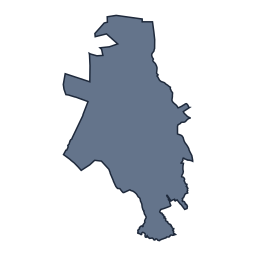 Coatepec Harinas, México, Mexico
{"feature_id": "50627088B96947768971669", "entity_name": "Coatepec Harinas", "entity_type": "district", "adm_level": 2, "iso_a3": "MEX", "parent_name": "Mexico", "parent_adm1": "México", "projection": "mercator", "projection_center": [-99.782, 18.94], "detail": "fine", "context": "isolated", "style": "filled", "palette": "slate", "viewbox_px": 256, "rotation_deg": 0, "n_neighbors": 0, "source": "geoboundaries", "source_scale": "gbopen_adm2", "svg_char_len": 5957}
<svg xmlns="http://www.w3.org/2000/svg" viewBox="0 0 256 256"><path d="M138.0,231.3L138.0,231.8L138.1,232.1L137.7,232.9L137.8,233.2L139.8,233.8L141.0,234.6L141.4,234.6L141.7,234.3L141.7,233.6L141.8,233.1L142.2,232.5L142.7,232.3L143.1,232.4L144.3,233.0L145.0,233.6L145.1,233.9L145.2,234.2L145.0,235.5L145.1,236.2L145.2,236.8L145.6,237.2L146.2,237.3L146.7,236.9L146.8,236.0L147.1,235.7L147.5,236.8L147.7,237.1L148.3,237.1L148.5,237.2L148.7,237.5L148.8,237.8L149.4,238.4L149.8,238.4L151.6,238.1L152.3,238.1L152.8,238.3L153.2,238.6L153.6,239.6L154.1,239.9L154.4,240.0L155.0,239.9L155.2,239.4L155.5,239.1L156.1,238.9L156.6,239.0L156.9,239.1L157.7,240.1L158.2,240.4L158.8,240.5L159.1,240.4L159.6,240.6L160.2,239.9L160.4,239.8L161.8,239.3L162.4,239.0L163.6,238.7L164.2,238.3L164.7,238.3L166.1,237.8L166.3,237.3L166.7,237.0L169.0,237.0L169.9,236.3L169.9,235.7L171.0,235.0L171.4,235.0L172.2,235.3L172.6,235.3L173.1,235.1L173.7,235.2L173.7,234.8L174.2,234.5L174.4,234.4L175.0,234.6L175.5,234.5L174.7,233.8L173.6,233.6L173.7,232.9L173.5,232.6L173.4,231.8L173.7,231.4L173.7,231.2L172.9,230.6L172.6,230.1L173.5,229.5L173.8,228.8L173.8,228.6L173.3,228.6L172.2,227.8L171.8,226.6L171.2,226.4L171.1,226.0L171.2,225.8L171.3,225.5L171.2,225.3L170.2,224.3L169.8,224.2L169.5,224.4L168.0,222.9L167.7,222.7L167.6,222.3L167.7,221.9L167.5,221.6L167.1,221.5L166.7,221.5L166.3,221.3L166.2,221.0L166.0,220.9L165.6,220.4L165.5,219.8L165.8,219.1L165.8,218.8L165.2,218.2L164.0,217.9L164.0,217.7L164.8,217.2L164.8,216.8L163.9,216.4L163.5,215.0L162.7,214.9L162.3,214.5L162.5,214.1L162.4,213.9L162.1,213.5L161.8,213.1L161.4,213.0L160.9,213.1L159.7,212.0L159.7,211.5L160.0,211.0L160.4,210.6L160.3,210.2L160.7,209.5L164.3,208.4L168.9,206.7L170.3,206.1L170.8,205.4L169.8,203.0L169.6,201.2L168.4,199.6L168.4,197.8L167.5,197.1L166.7,195.7L166.9,195.3L167.1,195.3L167.3,195.4L171.0,201.0L172.2,200.2L174.5,199.3L174.6,199.7L174.9,199.9L174.7,200.3L174.7,200.6L174.8,200.7L175.2,201.0L177.1,199.9L179.4,202.9L180.4,204.1L180.6,204.2L181.2,204.7L184.7,209.4L186.3,208.8L186.9,208.6L187.2,208.2L187.2,207.2L187.4,206.5L187.0,205.4L186.8,205.2L186.6,204.6L186.4,204.5L186.0,204.6L185.9,204.5L185.8,204.0L185.3,203.9L185.4,203.6L184.5,201.9L183.6,201.3L182.8,201.5L182.6,201.5L182.2,200.8L182.5,200.1L182.6,199.5L182.5,198.9L182.3,198.6L182.4,198.4L183.5,197.7L184.8,194.7L185.4,193.8L185.5,193.7L187.7,193.0L187.6,192.4L187.3,191.9L187.1,191.4L187.2,191.2L187.7,190.6L187.5,190.1L187.5,189.7L187.4,188.7L187.8,188.5L187.5,188.0L187.5,187.6L187.0,187.4L186.9,186.9L187.0,186.7L186.9,186.5L186.3,186.3L186.9,184.9L187.0,184.3L186.9,184.2L186.5,184.2L186.3,184.0L185.7,184.0L185.6,183.9L185.2,183.2L184.8,182.0L184.1,180.9L184.1,180.6L184.5,179.9L184.6,179.3L184.6,179.0L184.3,178.4L183.7,177.6L183.2,177.2L182.5,177.0L181.8,176.9L181.6,176.7L181.6,176.4L182.2,174.6L182.9,173.5L183.3,171.6L182.9,169.3L182.9,167.7L183.0,165.6L183.5,163.3L182.1,163.0L181.1,163.2L181.1,162.8L182.5,161.1L183.0,160.0L182.9,159.6L182.7,159.4L183.2,158.1L184.1,158.3L184.3,158.5L184.7,159.0L185.9,159.2L186.3,159.6L187.0,159.8L187.3,160.0L187.5,159.8L187.8,159.9L188.0,160.1L188.3,160.2L189.3,160.1L189.6,160.3L191.2,160.6L192.7,161.3L192.7,160.6L192.2,157.5L191.8,155.5L189.7,151.4L189.0,149.7L188.7,148.4L187.6,146.4L186.5,144.7L184.9,142.6L184.0,140.7L183.1,137.5L182.0,135.9L181.1,135.3L179.4,134.6L178.3,134.3L177.5,133.9L177.5,126.1L177.8,125.6L177.9,125.0L178.1,124.7L180.0,123.7L180.5,123.4L181.0,122.6L181.2,122.4L182.4,122.2L183.8,122.2L184.9,121.9L186.4,120.6L186.8,120.0L187.4,119.5L188.2,118.9L188.5,118.5L188.8,118.3L189.8,118.3L190.1,118.1L190.1,117.8L188.3,117.0L187.1,116.2L186.4,115.4L184.3,113.4L183.6,112.3L183.3,111.6L189.7,107.4L189.0,107.3L188.5,106.9L188.1,105.6L187.5,104.7L187.0,104.1L186.5,103.7L186.0,103.7L185.6,103.8L185.0,104.1L184.4,104.6L182.9,105.4L182.3,105.9L181.6,106.2L181.2,106.5L179.4,107.3L178.5,107.7L178.0,107.8L177.0,106.1L176.4,105.3L173.7,103.0L172.6,101.8L172.1,100.7L171.9,100.2L172.4,96.8L172.4,95.2L172.6,92.9L172.4,92.5L171.1,90.8L171.0,90.1L170.3,89.0L170.4,87.2L169.8,86.9L168.3,85.8L167.8,85.3L165.8,84.0L164.8,83.0L164.0,82.5L161.1,81.5L160.1,80.7L159.5,80.2L157.7,76.8L157.0,76.0L158.1,74.9L157.6,74.3L156.7,73.6L156.6,73.0L157.0,68.8L157.0,67.7L156.9,67.2L156.3,65.5L155.5,63.9L154.8,63.0L153.1,61.3L152.8,60.3L153.4,59.1L153.3,58.9L152.3,57.4L151.9,56.2L151.7,55.5L151.8,54.3L152.0,53.6L152.5,52.9L153.9,51.1L154.2,49.5L154.6,48.6L154.7,39.6L153.9,32.3L152.5,21.8L142.2,21.8L142.2,19.0L116.2,15.4L107.2,16.8L107.4,22.2L104.2,23.0L94.9,33.5L95.2,36.7L106.5,33.9L117.7,43.9L109.4,46.8L100.0,47.8L101.6,49.3L102.9,55.4L96.9,55.8L90.5,54.0L89.2,53.3L89.5,54.8L90.0,65.6L89.8,81.8L65.2,73.7L63.3,84.5L64.0,89.2L65.9,94.6L68.5,95.0L75.0,97.0L75.4,97.0L87.3,101.3L88.0,101.7L83.0,114.6L82.9,115.5L72.0,138.3L72.0,138.8L70.6,139.9L70.5,140.3L70.1,140.7L70.2,141.0L69.8,141.5L69.3,143.3L68.9,144.3L67.8,145.4L68.1,146.7L68.0,147.4L66.7,150.1L66.1,150.2L65.9,150.2L63.5,154.6L69.5,159.0L70.7,160.0L70.9,160.3L74.3,163.0L78.0,166.8L81.2,170.4L89.8,164.8L94.7,160.3L101.4,161.1L108.9,169.3L110.1,172.5L110.3,173.5L113.2,180.3L113.4,181.1L115.5,185.7L115.9,186.5L117.1,188.0L117.8,188.5L119.8,188.6L121.7,191.1L123.0,192.5L123.3,192.6L124.0,192.5L129.9,189.8L131.0,190.6L132.2,190.9L133.2,191.3L134.9,192.5L136.4,193.9L137.3,195.2L137.5,195.7L137.7,195.9L138.1,196.7L139.5,197.8L140.1,198.8L140.5,201.0L141.1,202.3L141.8,204.0L142.2,207.2L142.9,209.6L143.3,210.3L143.7,210.5L143.9,210.8L143.7,211.5L144.1,212.2L144.4,213.9L145.3,215.2L145.4,215.7L145.9,216.4L146.1,216.9L146.1,217.3L146.1,217.8L145.3,219.2L145.1,219.8L144.9,220.1L144.8,220.4L144.6,221.1L144.8,221.8L144.9,222.3L143.8,223.9L143.1,224.7L143.0,226.5L142.7,226.6L142.4,226.5L142.1,226.1L142.0,225.9L141.2,226.0L139.8,227.2L139.5,227.5L139.5,227.8L139.5,228.8L139.4,229.0L138.9,229.3L138.4,229.4L138.3,229.5L138.3,229.9L137.9,230.4L137.8,230.8L138.0,231.3Z" fill="#64748b" stroke="#1e293b" stroke-width="1.5"/></svg>